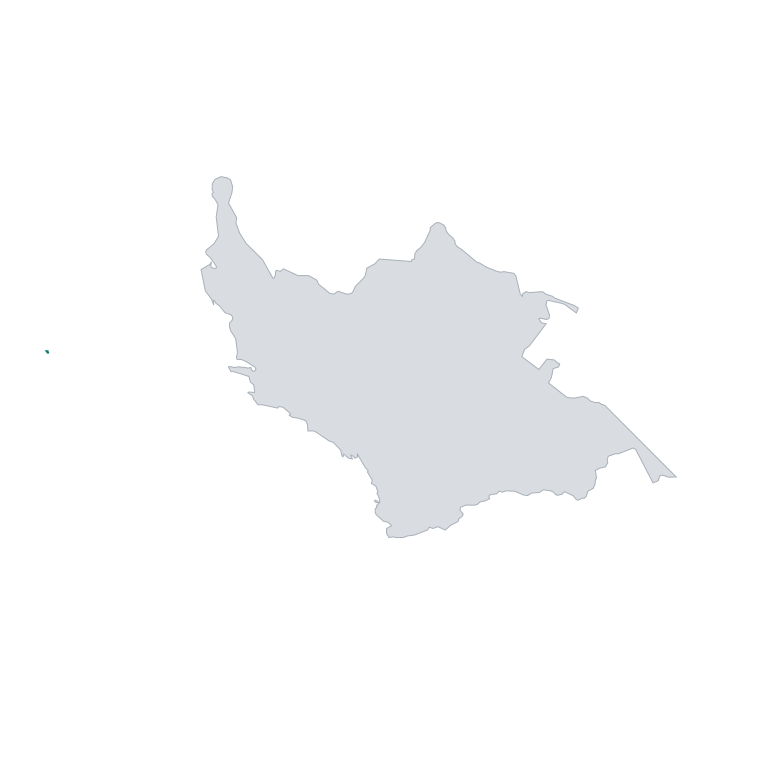 Providencia (Santa Isabel), San Andrés y Providencia, Colombia shown in context, rotated 307°
{"feature_id": "7082276B29529138088476", "entity_name": "Providencia (Santa Isabel)", "entity_type": "district", "adm_level": 2, "iso_a3": "COL", "parent_name": "Colombia", "parent_adm1": "San Andrés y Providencia", "projection": "equal_earth", "projection_center": [-81.369, 13.358], "detail": "medium", "context": "in_parent", "style": "filled", "palette": "teal", "viewbox_px": 768, "rotation_deg": 307, "n_neighbors": 0, "source": "geoboundaries", "source_scale": "gbopen_adm2", "svg_char_len": 4341}
<svg xmlns="http://www.w3.org/2000/svg" viewBox="0 0 768 768"><g transform="rotate(307 384 384)"><path d="M450.4,144.5L445.2,147.4L435.0,150.9L428.1,166.2L423.4,168.9L417.6,178.0L413.3,189.2L410.2,212.2L401.6,231.6L402.4,232.5L405.8,231.6L409.1,229.5L410.3,230.1L411.5,233.5L415.5,234.4L418.8,250.2L425.0,258.2L425.6,261.3L426.5,267.9L424.3,271.8L423.8,286.3L425.7,289.9L430.3,291.4L433.4,300.3L435.3,302.5L438.1,303.8L444.7,302.4L456.7,304.0L459.5,303.7L466.2,300.6L474.7,304.4L481.0,305.1L498.4,332.3L500.1,331.5L502.3,333.1L506.6,330.3L510.3,329.9L515.2,331.2L521.7,331.2L534.6,328.4L536.6,326.8L543.7,328.4L545.8,330.4L546.9,335.5L546.1,338.7L543.6,341.8L542.3,345.9L542.1,350.9L540.8,354.5L538.6,356.9L537.7,360.3L538.2,364.9L537.1,385.4L538.1,387.2L539.0,395.6L542.0,406.6L543.4,409.7L546.0,412.3L550.6,421.3L549.6,424.4L537.9,438.6L537.3,441.8L539.6,440.5L543.2,441.8L544.5,445.2L553.2,455.1L553.1,458.9L555.6,466.3L555.2,468.0L561.3,489.1L561.5,493.6L556.5,494.8L556.3,480.6L555.5,477.7L549.8,465.1L548.6,464.1L544.8,465.6L538.5,474.9L535.6,476.3L533.2,474.9L530.8,469.4L529.2,468.4L527.7,473.1L529.7,477.2L501.7,477.1L496.3,475.4L488.8,477.6L488.8,498.9L502.0,499.2L505.6,505.4L505.3,510.4L505.9,512.1L502.7,513.2L498.1,509.8L489.9,513.8L483.8,514.8L483.4,538.4L487.1,544.3L494.1,550.6L495.1,554.9L494.6,559.0L496.3,564.1L498.6,566.8L498.6,569.8L499.8,573.2L485.6,673.3L480.7,667.2L479.0,661.7L476.6,659.5L471.9,661.2L466.9,658.4L483.2,624.4L482.7,621.4L469.2,613.1L467.8,611.0L461.4,606.6L457.8,607.8L455.8,610.1L450.9,610.7L446.9,607.1L442.2,604.8L436.6,610.5L434.9,610.4L430.8,612.9L426.5,613.9L420.9,611.3L416.3,613.1L413.2,612.7L412.0,610.9L407.9,608.9L407.5,606.6L408.6,602.4L406.9,594.1L406.3,592.7L403.2,592.6L399.6,589.6L398.9,587.8L399.7,584.5L399.0,581.6L395.5,575.0L390.7,573.3L386.0,567.7L381.3,565.8L379.2,561.9L377.1,553.0L372.3,546.0L368.9,543.7L367.7,540.4L364.2,540.1L359.5,535.5L357.4,535.2L355.9,537.4L351.5,535.1L347.8,531.8L343.9,530.9L341.4,528.9L336.8,522.5L331.8,519.4L328.9,520.5L328.0,525.2L326.3,526.1L320.6,524.9L319.7,525.9L318.2,525.7L311.2,522.2L304.3,520.9L302.5,512.9L298.1,510.0L296.8,506.3L293.7,506.7L281.9,499.4L277.0,494.4L272.8,491.6L268.5,485.9L267.8,483.6L264.4,480.4L266.1,476.1L270.1,473.0L275.4,475.4L276.0,470.5L274.1,466.1L275.0,456.2L276.4,454.0L279.3,452.0L281.1,452.8L282.3,451.2L286.6,451.9L287.9,451.2L291.1,447.2L292.5,444.1L294.0,444.4L297.5,439.0L297.0,433.7L300.2,432.5L303.7,423.8L305.2,423.6L306.0,419.4L312.0,405.0L309.8,406.7L307.4,405.6L307.8,400.8L307.1,400.2L305.1,403.9L303.4,400.1L303.9,394.0L301.1,395.1L301.3,393.7L305.2,389.0L306.8,378.4L305.5,374.5L304.7,358.6L303.9,355.5L300.7,351.6L305.8,347.0L307.6,343.6L305.3,336.5L302.2,330.6L302.1,327.0L304.0,327.3L304.7,317.5L302.9,313.7L300.8,313.6L294.0,299.0L291.6,296.0L293.4,289.0L295.4,285.9L295.0,280.6L296.3,280.9L299.3,285.7L300.4,285.0L305.0,280.4L305.1,276.1L308.7,271.6L303.5,256.7L301.8,254.4L303.8,249.6L305.0,249.9L307.1,254.6L310.3,257.6L315.0,265.9L317.1,267.8L315.6,269.6L315.3,271.6L316.0,272.7L318.7,273.0L319.8,270.7L319.0,260.6L317.8,255.5L315.3,251.9L316.1,250.4L321.0,248.0L330.9,238.3L334.3,229.3L336.9,226.0L339.9,223.9L343.5,224.4L346.3,223.2L347.2,220.4L345.3,214.1L347.4,205.5L347.3,201.2L348.6,198.6L348.2,197.5L344.5,200.6L348.2,194.6L350.8,185.3L365.3,169.0L374.8,173.0L377.8,172.7L373.8,174.7L373.3,177.1L374.7,179.6L376.1,180.3L377.3,178.7L380.4,169.2L380.8,163.9L382.2,162.1L384.2,161.5L393.5,163.8L402.3,163.0L416.5,149.4L427.2,143.6L429.8,138.0L430.5,133.9L432.4,132.2L434.5,132.3L435.7,129.9L440.6,126.3L445.9,125.9L451.6,129.1L454.2,134.7L454.7,138.5L450.4,144.5ZM286.7,450.1L286.0,450.9L284.8,449.5L284.4,447.9L285.1,446.7L286.1,447.1L286.7,450.1Z" fill="#d9dde1" stroke="#a8b0b8" stroke-width="1"/><path d="M207.4,95.4L207.5,95.3L207.5,95.2L207.4,95.2L207.2,94.9L207.2,95.0L207.1,95.3L207.0,95.5L206.9,95.4L206.7,95.5L206.6,95.8L206.5,96.0L206.5,96.3L206.5,96.5L206.6,96.8L206.6,97.0L206.8,97.0L206.9,96.9L206.9,97.0L207.0,97.0L207.0,96.9L207.1,96.7L207.3,96.6L207.4,96.4L207.5,96.3L207.4,96.1L207.5,96.0L207.4,96.0L207.5,96.0L207.6,95.9L207.6,95.7L207.5,95.8L207.5,95.7L207.4,95.8L207.5,95.7L207.4,95.6L207.4,95.4L207.4,95.4ZM207.1,94.7L206.9,94.7L206.9,94.8L206.9,95.0L207.0,95.1L207.2,94.9L207.1,94.7L207.1,94.7Z" fill="#14b8a6" stroke="#0f766e" stroke-width="1.5"/></g></svg>